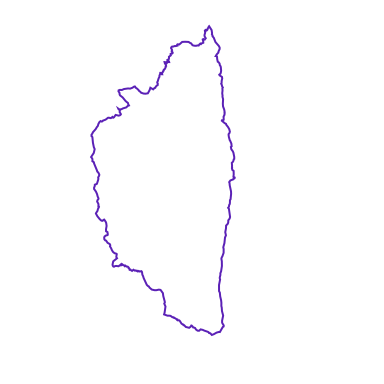 the district of Jerusalén, Cundinamarca, Colombia, rotated 326°
{"feature_id": "7082276B72958571486276", "entity_name": "Jerusalén", "entity_type": "district", "adm_level": 2, "iso_a3": "COL", "parent_name": "Colombia", "parent_adm1": "Cundinamarca", "projection": "natural_earth1", "projection_center": [-74.701, 4.558], "detail": "fine", "context": "isolated", "style": "outline", "palette": "violet", "viewbox_px": 384, "rotation_deg": 326, "n_neighbors": 0, "source": "geoboundaries", "source_scale": "gbopen_adm2", "svg_char_len": 5925}
<svg xmlns="http://www.w3.org/2000/svg" viewBox="0 0 384 384"><g transform="rotate(326 192 192)"><path d="M273.1,65.7L270.3,63.6L267.8,62.1L264.0,62.6L262.7,61.5L262.2,61.5L261.8,62.5L260.0,61.9L259.5,61.4L257.4,60.8L256.9,60.3L255.6,60.5L255.1,61.0L255.0,62.4L254.8,63.3L253.9,63.8L254.0,65.5L253.6,66.0L252.9,66.1L252.4,65.6L251.4,65.6L250.8,66.9L248.5,67.0L247.9,68.0L247.2,68.8L245.3,68.8L245.3,69.1L245.8,69.7L245.9,70.9L245.7,71.5L243.8,70.2L243.0,71.2L242.7,71.2L242.2,69.1L241.9,68.9L241.5,70.0L241.3,72.4L241.0,73.1L240.3,73.2L240.0,73.8L238.3,74.8L237.0,74.8L236.4,75.6L235.3,75.7L234.7,76.4L233.5,76.6L233.1,77.7L232.7,77.4L232.7,75.8L232.3,75.5L231.6,76.3L230.1,77.3L229.4,78.3L227.9,79.1L225.3,81.2L224.6,81.5L224.3,82.0L224.2,83.1L223.3,84.2L222.3,84.1L220.9,84.4L219.8,85.1L219.1,84.8L217.2,85.2L215.8,82.3L213.7,83.9L210.6,85.5L208.4,84.5L206.9,83.3L205.3,81.2L205.2,80.0L204.7,78.8L204.7,77.8L204.3,75.7L203.6,73.9L203.8,72.8L203.6,72.5L202.6,72.2L201.0,72.3L198.5,71.7L196.9,70.4L193.2,68.6L190.9,68.2L189.3,67.0L188.0,66.7L187.3,67.5L187.4,69.0L186.5,70.8L186.4,71.7L187.4,74.8L187.8,79.3L188.2,80.9L188.7,82.2L188.2,83.7L188.1,85.0L186.9,84.7L184.8,85.1L181.6,84.1L179.8,83.9L178.0,83.0L177.5,81.7L177.4,82.3L177.9,84.0L176.7,85.2L176.6,87.6L176.4,87.9L175.3,88.1L173.9,87.7L171.8,85.4L169.2,86.4L168.3,86.4L168.0,86.1L168.0,85.3L166.0,85.4L164.6,83.9L163.9,83.5L160.8,83.7L158.0,83.0L157.2,83.3L156.4,83.0L155.9,82.1L154.5,82.2L152.5,83.2L150.8,84.6L149.4,85.0L147.3,86.0L143.1,87.1L142.3,87.7L140.6,88.4L139.9,89.6L140.2,90.2L140.0,91.0L137.4,95.8L135.7,99.9L135.3,102.0L132.4,104.7L127.9,106.6L128.0,108.6L127.4,109.8L126.6,110.8L126.8,111.4L127.2,111.9L127.2,112.7L126.8,113.5L125.2,121.3L124.9,122.0L125.2,123.5L124.9,125.7L124.2,126.5L122.4,127.4L121.8,128.6L121.1,129.4L117.9,131.9L117.3,132.1L116.0,131.6L115.4,131.7L114.7,132.7L113.2,133.7L112.5,134.8L112.6,137.9L112.1,140.7L111.3,142.9L110.9,145.0L110.3,145.6L109.1,145.9L108.0,146.9L107.8,149.2L107.5,150.0L106.4,151.5L106.7,151.7L106.6,152.3L104.4,153.6L103.1,154.8L100.9,155.7L100.3,156.1L100.0,159.2L100.3,162.7L100.7,164.6L101.3,165.6L101.8,165.9L103.1,165.6L103.8,165.8L103.8,168.4L103.5,169.8L102.2,172.4L99.8,174.9L98.8,176.5L99.5,177.9L98.6,179.9L97.9,180.5L96.2,179.9L94.6,180.0L93.7,180.7L92.9,182.2L93.0,183.5L93.6,184.3L93.6,186.9L94.7,189.2L94.5,190.4L93.6,191.2L93.5,193.5L93.1,195.2L93.0,197.5L93.6,199.5L94.5,200.4L94.9,201.4L93.1,203.3L92.8,203.9L92.8,205.0L88.1,205.4L87.6,205.7L85.5,207.8L85.1,208.8L85.1,209.7L85.5,210.3L86.8,210.4L87.8,210.9L89.6,212.5L90.8,212.4L92.0,213.0L92.2,212.3L93.0,212.2L92.9,213.0L93.2,213.3L93.8,213.1L94.2,214.4L94.7,214.8L94.8,215.9L95.6,215.8L96.0,217.2L96.9,217.8L97.2,218.7L96.9,219.4L97.2,219.7L97.0,220.2L97.1,220.7L96.8,221.6L97.6,221.9L97.7,222.8L98.2,223.9L100.0,223.7L100.6,225.2L101.4,225.5L101.7,226.2L102.3,226.4L102.4,227.3L103.3,227.4L103.7,228.4L104.5,228.5L104.9,229.1L105.8,229.4L105.8,230.4L104.6,232.8L104.4,234.4L103.8,236.3L102.6,243.7L102.9,245.3L103.4,246.2L103.3,247.4L104.1,250.4L106.1,252.5L107.4,253.4L109.9,254.4L111.0,255.4L111.2,255.8L111.3,259.6L110.0,262.2L108.1,267.7L107.7,268.4L106.6,269.0L106.0,272.1L101.7,276.8L100.4,277.9L102.5,280.8L104.5,282.2L105.0,282.8L105.7,284.8L106.3,285.2L106.4,285.8L106.8,285.9L107.0,286.7L107.4,287.2L108.1,288.9L108.1,289.5L108.6,289.6L108.4,290.4L109.6,291.2L109.8,292.0L109.7,295.2L110.2,296.5L110.6,296.9L110.5,297.7L111.0,298.0L111.4,300.4L113.7,303.0L115.5,302.9L116.8,302.3L117.0,302.5L117.3,303.9L117.2,304.9L118.0,305.7L118.5,306.5L118.4,308.2L119.1,310.1L120.3,311.0L122.3,310.7L123.8,312.3L124.7,313.8L127.1,317.0L127.4,317.9L127.3,318.5L128.2,319.4L128.5,321.6L130.7,322.1L133.7,322.3L136.1,323.1L136.8,323.7L142.1,321.1L142.9,321.2L143.5,320.7L143.8,319.3L143.7,318.7L143.9,317.2L145.0,315.5L148.7,311.9L150.3,307.4L152.0,304.5L152.6,302.9L154.4,300.3L155.6,298.0L157.0,294.3L158.8,291.0L159.0,289.3L162.4,284.2L166.4,280.2L166.6,279.4L167.2,278.4L169.1,276.7L170.1,275.2L171.7,274.1L175.4,270.1L178.0,266.1L179.0,263.8L180.0,262.9L181.1,262.4L184.2,260.1L186.4,256.9L186.9,255.5L187.6,254.8L190.3,252.5L193.9,248.2L195.9,246.9L197.1,243.9L199.8,241.2L201.5,238.9L204.0,238.3L205.1,237.4L206.2,235.8L208.3,235.1L209.6,234.0L213.2,226.6L213.1,225.3L214.3,224.9L215.6,223.5L216.4,223.2L217.2,222.4L218.9,220.0L219.9,219.6L223.4,215.4L224.7,213.3L227.0,207.6L228.2,205.4L228.2,204.9L228.5,204.5L230.3,203.9L233.4,204.6L233.9,204.1L234.8,204.4L235.3,204.2L235.5,203.8L234.9,202.5L236.3,200.9L238.3,197.8L237.8,196.2L238.4,194.6L238.8,194.4L239.1,193.6L239.8,192.8L241.3,190.1L242.9,189.8L243.9,189.2L244.8,188.3L245.5,188.2L246.6,186.6L248.3,182.6L248.6,181.1L248.5,178.5L249.4,176.4L250.4,176.3L251.7,173.9L252.3,170.9L252.2,170.4L253.3,167.1L254.3,165.0L254.9,164.4L255.8,164.2L257.1,163.2L258.0,160.8L258.2,158.4L258.0,155.5L258.3,154.5L257.6,153.2L256.6,149.6L257.0,149.3L257.7,149.8L258.7,149.8L260.3,147.2L262.2,146.1L262.4,145.6L263.4,144.7L263.5,144.0L264.0,143.5L264.8,141.6L265.6,138.4L266.9,136.1L269.7,132.4L270.5,130.1L271.1,129.4L272.3,127.0L274.0,125.0L275.2,123.0L276.0,122.6L276.0,121.4L276.7,119.5L276.7,118.6L277.4,118.3L278.7,116.5L280.6,114.7L281.2,113.3L280.1,110.8L280.2,110.0L281.8,109.8L282.6,109.2L284.0,107.7L285.7,104.6L286.0,103.7L286.0,102.4L286.7,100.9L286.6,99.2L286.2,98.4L287.2,95.9L288.4,93.8L288.4,93.2L287.7,92.6L289.6,91.7L291.8,91.2L292.6,90.3L294.9,88.9L295.7,87.7L295.9,85.9L295.3,80.8L296.3,76.3L296.1,74.4L296.6,73.7L296.6,72.5L297.5,71.5L298.8,68.7L298.9,64.1L298.4,64.2L297.6,64.9L296.4,65.2L295.7,66.0L294.7,66.3L294.4,66.3L294.3,65.5L294.0,65.2L292.9,65.4L292.0,67.3L290.3,68.7L289.7,69.5L289.4,70.6L289.4,72.2L287.7,72.8L287.3,72.4L286.9,71.5L286.2,71.5L285.3,73.9L284.8,74.6L283.2,74.2L282.1,74.4L281.9,73.6L280.6,73.8L279.4,74.3L278.8,73.7L277.0,73.0L275.6,71.9L274.5,70.6L274.4,68.3L273.9,67.7L273.1,65.7Z" fill="none" stroke="#5b21b6" stroke-width="2"/></g></svg>